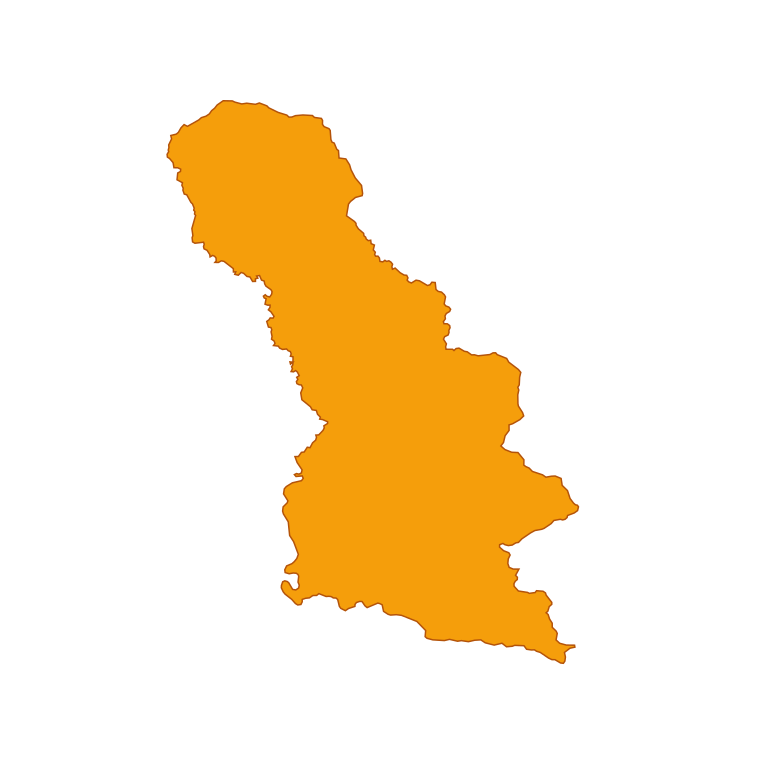 the district of Cacequi, Rio Grande do Sul, Brazil, rotated 258°
{"feature_id": "56859067B8570648201851", "entity_name": "Cacequi", "entity_type": "district", "adm_level": 2, "iso_a3": "BRA", "parent_name": "Brazil", "parent_adm1": "Rio Grande do Sul", "projection": "equal_earth", "projection_center": [-54.818, -29.936], "detail": "fine", "context": "isolated", "style": "filled", "palette": "amber", "viewbox_px": 768, "rotation_deg": 258, "n_neighbors": 0, "source": "geoboundaries", "source_scale": "gbopen_adm2", "svg_char_len": 6151}
<svg xmlns="http://www.w3.org/2000/svg" viewBox="0 0 768 768"><g transform="rotate(258 384 384)"><path d="M74.4,498.7L73.5,501.4L75.3,503.3L79.2,504.7L83.9,504.7L86.9,511.0L86.9,516.0L88.9,516.1L90.7,508.1L93.9,501.9L97.9,499.1L104.0,501.6L106.5,501.0L111.0,498.0L115.1,498.8L119.6,497.1L124.4,496.6L126.5,495.0L127.7,497.0L131.9,499.3L133.6,502.3L135.5,502.7L143.8,498.7L146.1,498.5L148.2,496.5L150.1,490.2L148.6,488.5L149.0,482.6L150.3,481.1L153.6,472.4L159.1,469.2L161.7,469.6L163.8,471.4L165.0,473.7L167.2,474.3L169.5,472.9L174.9,477.5L176.1,471.9L178.6,468.3L182.7,467.8L187.1,469.2L190.5,471.8L193.0,471.0L196.1,466.3L200.4,463.1L202.8,463.7L203.3,467.2L201.7,468.8L200.1,472.0L199.8,475.9L201.2,479.9L201.1,482.6L203.9,486.7L207.9,496.4L209.3,501.1L209.1,508.1L209.5,510.5L212.7,518.5L215.2,521.8L215.0,528.3L213.9,530.5L214.0,533.0L215.3,535.3L217.2,536.2L218.3,543.3L219.9,547.0L223.4,548.7L225.2,548.0L226.1,546.1L228.1,544.6L233.3,542.2L241.6,541.3L247.8,537.2L254.8,537.6L258.4,532.3L259.0,528.6L259.2,523.0L262.2,520.2L267.6,511.0L271.6,508.5L273.7,505.6L275.6,503.9L280.8,505.1L289.1,500.8L290.7,494.7L294.7,488.7L299.1,485.4L301.9,488.7L308.2,491.7L312.6,496.7L318.0,497.8L318.4,501.6L320.9,509.5L323.7,514.0L327.2,513.6L334.4,510.9L336.8,510.9L345.6,512.6L350.1,514.6L353.0,514.2L355.0,516.1L362.5,518.1L366.9,520.2L370.2,518.5L379.4,510.6L383.5,509.3L389.2,500.8L391.3,499.7L391.8,497.1L390.8,493.7L392.0,481.9L393.7,478.7L394.3,475.7L398.2,472.1L399.3,469.4L403.5,464.8L403.7,461.9L402.2,459.4L403.7,458.3L405.1,451.9L407.6,452.0L410.3,453.4L415.5,451.5L417.7,453.2L418.6,456.9L420.9,458.3L423.0,458.6L425.3,460.3L427.5,460.4L429.7,458.5L430.5,455.2L432.6,455.0L435.0,457.6L437.9,457.8L440.0,459.6L441.3,463.3L443.3,464.7L445.7,463.5L447.6,460.6L449.8,459.5L456.4,462.3L458.7,461.6L461.9,459.4L463.3,456.3L465.6,454.5L472.6,455.2L473.6,452.0L471.5,449.6L471.3,447.0L477.6,440.1L478.9,436.9L477.1,431.8L478.8,429.4L480.8,428.2L482.8,429.5L485.6,428.8L486.4,426.3L489.5,422.9L495.1,419.0L494.5,416.1L497.2,416.1L499.4,417.3L501.7,416.2L503.5,414.4L503.4,412.0L504.8,410.6L503.7,408.2L504.8,405.5L508.2,405.7L510.3,404.7L510.8,402.3L512.6,401.8L514.7,402.9L517.4,401.4L521.9,403.5L524.0,400.6L527.4,400.9L527.5,398.4L529.6,396.7L531.4,396.6L533.2,395.2L535.6,395.4L541.1,391.2L545.1,389.7L547.0,390.0L549.1,388.9L556.3,382.3L567.4,386.7L569.5,389.2L572.4,394.9L572.8,401.8L574.8,402.7L582.9,403.3L591.6,398.7L600.4,396.3L605.6,395.9L612.1,393.5L614.4,387.0L621.8,388.0L623.4,386.6L630.0,385.4L631.4,383.4L634.2,382.9L643.2,384.1L645.2,383.3L648.2,378.9L650.8,377.8L654.6,378.7L656.8,378.0L659.2,371.4L661.5,369.8L664.0,360.6L664.9,353.2L664.3,349.4L664.8,346.5L667.2,344.9L671.7,336.9L678.1,328.7L680.4,327.3L684.8,320.5L684.3,316.4L687.2,308.1L687.5,303.1L690.8,296.6L692.4,294.6L694.5,285.6L691.6,278.8L689.0,275.7L687.2,272.2L684.5,269.3L683.0,265.6L682.5,260.7L680.8,257.7L676.9,245.3L679.3,242.4L676.8,238.7L672.9,235.2L671.6,232.8L671.4,227.1L667.9,227.2L662.6,223.1L660.1,222.8L657.7,221.6L656.0,221.7L653.8,219.6L651.0,219.3L649.2,221.1L644.4,223.7L639.2,223.5L638.4,227.2L636.4,229.8L634.2,229.1L633.3,226.1L626.8,224.0L622.8,228.7L620.4,227.6L617.3,228.3L615.4,227.6L611.3,228.1L610.1,230.4L601.8,232.9L600.0,234.1L595.5,234.9L593.6,234.0L591.9,234.9L589.7,234.0L588.1,234.8L576.0,228.4L568.9,227.9L567.0,226.7L562.8,226.3L561.0,228.3L560.2,237.0L558.1,237.2L555.9,236.0L553.6,236.1L551.6,238.7L546.9,240.5L544.5,240.3L545.4,243.2L544.1,244.9L542.2,245.9L539.4,245.5L538.1,243.9L537.3,247.3L538.3,250.5L537.2,253.0L528.2,260.6L524.9,260.0L524.5,262.3L522.3,260.8L520.7,264.1L522.8,267.4L521.5,269.7L517.7,272.3L516.6,275.1L511.6,276.8L511.1,279.6L513.6,280.1L513.8,282.6L516.1,281.8L516.0,284.8L511.1,285.8L509.6,288.2L506.8,288.1L504.2,288.9L499.8,293.0L497.6,293.7L495.1,292.7L492.9,290.3L494.2,287.7L496.0,286.4L495.0,284.3L493.1,284.7L491.9,286.4L486.8,284.2L485.3,286.6L484.8,289.0L482.6,288.4L480.6,286.3L478.1,288.4L473.0,290.5L471.5,289.1L472.3,286.4L470.7,284.8L469.6,282.3L463.7,282.8L462.7,285.2L460.4,285.5L458.5,284.4L453.8,284.4L451.2,283.3L448.8,285.5L446.3,285.8L444.6,283.9L443.0,288.5L440.8,289.4L438.9,291.9L438.5,296.0L436.5,297.2L435.2,299.1L432.8,299.5L430.6,298.2L429.6,300.6L427.7,300.3L421.7,298.8L420.1,297.2L417.9,297.6L415.5,295.7L414.7,298.0L415.5,300.4L413.8,301.7L409.8,302.8L408.7,300.0L406.4,300.7L404.6,298.8L402.5,298.9L401.0,300.7L400.2,303.0L397.1,303.7L392.6,300.7L385.7,300.4L377.1,307.3L373.7,308.4L372.2,312.3L368.2,312.7L364.8,314.9L363.0,313.8L362.0,316.5L358.8,321.0L357.1,320.6L355.6,316.5L353.4,316.4L351.3,314.7L347.8,309.6L348.2,306.7L345.9,306.9L343.3,305.5L341.3,301.9L337.1,298.4L338.1,295.8L334.1,291.8L334.3,289.0L330.9,285.2L331.5,281.8L325.2,282.7L317.1,286.0L314.2,284.7L313.5,282.1L314.6,279.8L314.0,277.5L311.8,278.7L311.1,284.9L308.5,285.4L306.6,283.2L306.4,273.8L304.0,267.1L302.2,264.7L297.4,262.9L289.7,265.7L287.9,264.6L284.8,259.8L280.8,258.4L277.8,258.6L269.1,261.7L255.4,260.2L248.6,262.8L235.2,264.8L231.4,262.4L228.9,259.3L227.4,256.6L226.3,250.9L222.9,248.3L220.1,248.1L218.1,251.8L218.0,255.9L217.1,258.9L215.5,260.3L213.7,260.6L208.1,258.7L204.9,259.3L202.2,258.1L200.9,254.9L202.1,251.9L209.4,249.5L210.9,248.3L212.1,246.0L211.6,243.8L208.3,241.8L206.0,241.2L201.7,242.2L199.1,243.5L192.5,249.0L187.7,251.7L185.8,253.7L185.6,256.9L187.9,258.7L190.3,259.2L190.7,262.9L190.3,266.6L191.9,270.4L191.2,274.2L192.5,276.7L188.2,283.2L187.8,286.0L187.0,288.2L185.3,289.9L184.6,292.6L182.8,293.9L175.8,294.1L173.5,295.1L170.3,299.1L171.8,302.7L172.5,309.3L174.4,309.8L176.0,311.6L176.4,315.0L175.8,317.3L170.9,319.3L168.8,321.0L171.0,332.4L169.9,334.5L168.4,336.3L161.7,336.3L157.9,340.1L156.6,342.4L155.8,348.1L154.1,353.0L144.9,366.8L134.2,373.5L128.3,371.7L126.3,373.2L123.6,378.5L120.5,389.7L120.6,395.0L117.1,402.5L116.9,406.3L114.4,413.0L114.5,419.5L113.6,425.5L109.8,429.2L105.7,437.5L105.9,445.5L101.5,449.2L100.8,454.9L101.2,457.5L98.9,466.5L94.9,468.3L93.2,472.9L92.7,475.9L90.9,477.6L89.0,481.0L81.7,488.0L79.5,490.9L78.8,493.9L74.4,498.7ZM424.3,299.5L425.2,296.6L422.9,296.7L424.3,299.5Z" fill="#f59e0b" stroke="#b45309" stroke-width="1.5"/></g></svg>